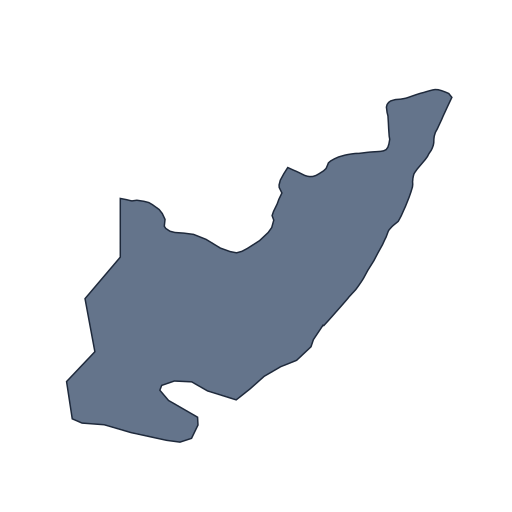 Fond/Desruisseaux, Vieux Fort, Saint Lucia, rotated 281°
{"feature_id": "8701671B476552117611", "entity_name": "Fond/Desruisseaux", "entity_type": "district", "adm_level": 2, "iso_a3": "LCA", "parent_name": "Saint Lucia", "parent_adm1": "Vieux Fort", "projection": "robinson", "projection_center": [-60.939, 13.794], "detail": "fine", "context": "isolated", "style": "filled", "palette": "slate", "viewbox_px": 512, "rotation_deg": 281, "n_neighbors": 0, "source": "geoboundaries", "source_scale": "gbopen_adm2", "svg_char_len": 2594}
<svg xmlns="http://www.w3.org/2000/svg" viewBox="0 0 512 512"><g transform="rotate(281 256 256)"><path d="M449.1,418.0L450.5,416.3L451.8,414.8L452.3,414.2L453.1,410.4L453.7,406.7L454.0,403.1L453.6,400.1L452.7,397.7L451.4,395.0L449.8,391.8L448.5,389.4L447.1,386.4L445.3,383.1L443.4,379.8L441.0,375.7L439.6,373.2L438.7,371.0L437.5,367.9L436.2,363.1L435.0,360.7L433.9,358.6L432.1,356.9L429.8,355.8L427.0,355.6L425.0,356.3L421.9,357.3L418.7,358.8L411.3,360.7L406.4,361.9L399.0,363.9L396.1,365.0L391.4,365.1L388.0,364.7L385.3,363.5L383.6,361.2L382.5,358.4L381.4,354.3L380.5,350.8L379.8,348.2L378.8,344.9L377.6,341.3L376.4,337.6L375.6,333.9L374.4,330.3L373.0,326.5L371.9,323.9L369.0,318.2L366.4,314.5L363.6,311.2L361.2,309.3L358.9,308.9L355.3,308.1L352.5,306.1L348.7,302.1L346.5,299.5L344.9,296.6L344.2,293.5L344.1,291.1L344.4,288.4L345.3,285.1L346.0,282.6L346.9,279.0L347.2,277.4L348.0,274.0L348.9,270.3L342.0,267.6L335.1,265.4L330.2,265.1L327.7,265.7L322.8,269.4L315.9,267.6L311.3,266.9L303.1,264.7L298.7,264.1L294.6,266.6L286.9,266.0L281.4,263.5L271.8,256.6L261.7,246.0L257.9,241.3L255.4,236.3L255.4,229.7L257.0,219.4L262.8,203.8L265.3,190.6L264.7,180.9L263.6,171.9L263.9,166.8L265.8,162.2L267.7,160.3L274.6,159.7L279.8,155.9L283.1,152.1L286.6,144.6L288.0,140.6L288.3,135.6L288.0,128.4L286.4,123.7L286.4,121.9L286.6,118.1L286.6,111.8L229.0,123.0L181.5,96.3L131.3,116.1L96.6,94.0L61.1,106.7L58.8,117.1L61.4,139.2L58.8,167.0L58.0,203.5L58.8,216.9L64.7,227.5L79.0,231.3L86.6,229.4L97.5,197.7L105.9,187.2L111.0,188.1L117.7,199.7L120.2,216.9L114.3,234.2L111.0,264.0L124.4,275.5L139.5,287.0L152.1,301.4L161.4,315.8L177.4,327.3L184.9,328.3L200.9,335.0L200.6,335.8L205.8,339.0L223.8,349.6L230.4,353.4L232.4,354.5L234.0,355.3L235.2,356.1L236.7,357.0L237.7,357.6L239.4,358.7L242.2,360.4L245.4,361.9L246.9,362.6L248.6,363.3L250.4,364.1L254.4,365.7L263.3,368.5L273.9,372.6L282.3,375.1L291.2,378.0L296.6,379.3L299.4,380.1L303.1,380.7L305.5,381.1L307.2,381.7L310.7,383.8L312.1,384.8L314.5,386.8L315.8,387.9L317.2,389.0L319.6,389.8L321.9,390.5L323.2,390.9L329.3,392.3L333.0,393.2L341.9,394.9L343.0,395.1L348.6,395.9L350.7,396.1L353.6,396.4L356.1,396.2L357.4,395.9L358.9,395.5L360.3,395.4L361.9,395.2L364.6,395.2L366.9,395.4L368.9,396.2L371.1,397.2L372.2,397.7L375.6,399.6L382.9,403.7L386.3,405.3L389.1,406.1L390.1,406.5L391.5,407.1L392.9,407.7L393.5,407.9L395.4,408.4L398.4,408.9L401.0,408.9L404.7,408.3L407.7,408.1L411.6,408.5L415.3,409.7L418.2,410.4L421.8,411.3L425.4,412.2L428.7,412.9L429.6,413.1L436.0,414.7L438.5,415.3L439.7,415.6L449.1,418.0Z" fill="#64748b" stroke="#1e293b" stroke-width="1.5"/></g></svg>